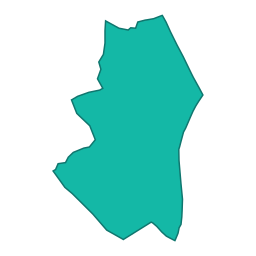 Al-Manathera, An-Najaf, Iraq (Albers equal-area conic projection)
{"feature_id": "34846034B93641163495115", "entity_name": "Al-Manathera", "entity_type": "district", "adm_level": 2, "iso_a3": "IRQ", "parent_name": "Iraq", "parent_adm1": "An-Najaf", "projection": "albers", "projection_center": [44.473, 31.772], "detail": "fine", "context": "isolated", "style": "filled", "palette": "teal", "viewbox_px": 256, "rotation_deg": 0, "n_neighbors": 0, "source": "geoboundaries", "source_scale": "gbopen_adm2", "svg_char_len": 1015}
<svg xmlns="http://www.w3.org/2000/svg" viewBox="0 0 256 256"><path d="M179.0,228.4L179.0,228.0L181.0,224.4L181.8,217.0L182.1,210.7L182.5,199.3L181.0,184.1L179.0,160.5L178.8,150.6L178.8,149.3L179.6,146.8L180.7,142.5L183.5,132.1L185.7,128.0L190.6,116.6L193.0,111.2L195.8,105.9L198.8,101.1L199.9,99.5L202.9,95.0L199.4,88.4L193.2,77.2L191.2,73.2L183.2,56.7L177.0,45.0L170.5,31.9L166.0,22.0L162.3,15.4L162.2,15.4L153.6,18.7L146.7,19.9L145.2,20.1L137.8,22.0L135.6,28.2L130.7,27.8L128.2,30.0L118.9,28.2L105.6,20.9L105.0,30.7L105.0,43.1L103.4,54.4L98.8,62.0L100.9,69.3L97.5,78.8L102.8,88.3L99.7,90.1L88.9,92.3L77.7,96.3L71.5,99.9L76.8,113.4L79.8,116.3L89.8,125.8L95.3,139.7L89.4,147.0L83.8,148.1L73.3,152.4L68.3,157.2L65.5,162.6L58.1,163.7L55.6,169.5L53.1,171.0L61.2,182.2L64.9,187.4L72.3,193.6L92.8,214.0L106.7,230.1L122.9,239.2L123.3,239.5L151.2,222.1L152.7,222.9L156.8,226.4L161.8,232.0L166.3,236.1L170.0,238.1L174.9,240.6L175.4,239.6L178.0,233.3L179.0,228.4Z" fill="#14b8a6" stroke="#0f766e" stroke-width="1.5"/></svg>